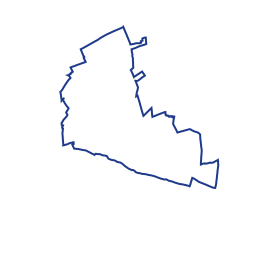 the district of Predesti, Dolj, Romania, rotated 153°
{"feature_id": "2599482B93279988577688", "entity_name": "Predesti", "entity_type": "district", "adm_level": 2, "iso_a3": "ROU", "parent_name": "Romania", "parent_adm1": "Dolj", "projection": "equal_earth", "projection_center": [23.59, 44.374], "detail": "fine", "context": "isolated", "style": "outline", "palette": "blue", "viewbox_px": 256, "rotation_deg": 153, "n_neighbors": 0, "source": "geoboundaries", "source_scale": "gbopen_adm2", "svg_char_len": 5577}
<svg xmlns="http://www.w3.org/2000/svg" viewBox="0 0 256 256"><g transform="rotate(153 128 128)"><path d="M113.0,220.6L114.2,220.3L122.3,220.0L127.0,219.8L132.7,219.6L134.4,219.6L134.9,213.7L134.7,211.3L135.3,211.3L135.4,210.2L135.7,210.2L135.7,206.1L137.0,206.2L138.1,206.4L143.1,207.0L144.2,207.2L145.3,207.3L146.0,207.4L146.5,207.4L147.6,207.5L150.0,207.9L151.7,208.0L151.7,203.2L152.2,203.2L152.7,203.1L153.5,203.1L153.8,202.4L155.1,202.5L155.1,202.2L155.5,202.1L156.5,202.1L157.6,202.3L157.1,201.7L156.9,201.5L156.8,201.3L156.7,200.4L156.6,199.2L156.5,198.7L156.8,198.5L157.2,198.4L158.6,198.0L159.4,197.7L160.2,197.3L162.9,195.8L163.8,195.3L166.3,193.8L168.8,192.2L170.5,191.3L171.9,190.9L171.9,190.6L172.8,187.8L173.3,186.5L174.2,183.7L174.7,182.6L174.3,182.8L173.7,183.1L173.1,183.4L172.7,183.5L172.4,183.5L172.0,183.5L172.0,183.3L172.2,183.2L172.7,183.1L173.0,183.0L173.0,182.6L173.2,182.3L173.2,181.8L173.2,181.1L173.1,180.5L173.1,179.5L172.9,177.4L172.6,175.2L172.2,173.8L172.0,172.5L173.5,171.5L174.2,171.1L176.0,170.0L176.1,169.8L176.0,167.8L176.0,167.3L176.2,167.1L176.4,166.8L176.9,166.5L177.4,166.2L178.8,165.7L179.0,165.5L179.4,165.3L180.6,165.0L181.1,164.8L182.2,164.3L182.5,164.1L182.9,163.8L183.3,163.4L183.9,163.1L184.5,162.9L184.9,162.6L185.1,162.2L185.3,161.7L185.6,161.1L185.8,160.3L185.7,160.2L184.8,159.9L184.7,159.8L186.6,158.2L186.6,157.6L186.6,157.4L186.2,157.0L188.8,153.1L191.8,146.0L192.7,143.7L193.2,142.4L193.6,142.0L193.0,141.8L192.3,141.6L191.8,141.5L189.5,141.1L188.7,141.0L187.2,141.0L186.1,140.8L184.1,140.3L183.0,140.1L183.6,138.4L185.2,138.4L185.2,138.1L185.2,137.2L185.3,136.2L185.3,134.0L184.4,133.4L183.0,132.6L182.4,132.3L178.6,129.2L176.1,127.4L175.5,126.9L174.3,125.1L173.8,124.5L171.3,120.9L170.7,120.3L170.5,119.9L170.1,119.2L169.1,119.6L168.4,119.7L167.3,118.8L166.4,118.2L165.5,117.8L164.9,117.5L163.7,116.0L162.9,115.2L162.2,114.6L161.0,113.8L160.3,113.4L159.7,112.5L159.4,112.0L159.4,111.8L159.6,111.0L159.5,110.4L159.3,109.6L158.8,108.8L158.4,108.4L157.8,107.8L157.5,107.4L157.1,107.0L155.3,105.7L154.7,105.3L153.9,104.2L153.5,103.5L153.3,103.0L152.8,102.6L152.0,101.9L150.5,100.6L149.9,99.9L149.4,98.9L148.5,96.7L148.1,95.6L147.6,94.6L147.0,93.7L146.5,92.5L145.4,90.8L144.5,89.8L143.7,88.7L143.0,88.6L142.7,88.3L142.1,87.6L141.7,87.0L141.2,85.4L141.0,84.9L140.6,84.5L139.6,83.5L137.9,82.3L136.6,81.0L135.1,80.0L133.3,78.9L132.1,77.8L130.7,76.6L129.1,75.5L127.3,73.9L125.8,72.5L123.3,69.7L121.9,68.2L119.7,66.2L118.9,65.5L118.3,65.4L117.3,64.9L116.7,64.2L116.1,63.2L115.8,62.8L114.4,61.4L113.7,60.9L112.9,60.3L111.4,58.5L109.2,56.4L108.4,55.6L107.8,55.0L106.8,54.2L105.7,53.5L104.1,52.3L102.8,51.1L102.5,51.0L102.1,50.5L101.7,50.2L100.9,49.5L99.8,48.5L99.6,48.1L98.2,49.2L97.7,49.9L96.3,51.3L95.7,51.9L95.4,52.4L94.9,52.7L94.4,53.4L94.0,53.7L93.4,54.4L92.4,53.3L91.4,51.7L89.2,47.7L85.3,43.3L79.5,36.4L78.4,35.6L77.5,35.0L75.7,37.1L74.5,38.7L74.2,39.3L73.5,40.2L72.8,41.4L72.2,42.1L71.7,42.9L71.1,43.9L68.7,47.5L68.0,48.7L64.4,53.9L63.3,56.7L62.7,57.7L62.4,58.7L62.9,58.6L63.9,58.7L64.9,58.7L66.2,58.6L66.7,58.6L67.3,58.5L67.7,58.5L68.0,58.7L69.1,59.0L69.9,59.2L70.0,59.4L70.3,59.8L71.1,60.0L72.2,60.2L73.3,60.4L74.3,60.7L74.8,60.9L75.0,61.1L75.4,61.5L75.9,61.5L76.0,61.7L77.1,62.1L77.7,62.2L78.4,62.3L79.1,62.3L79.4,62.2L79.7,62.3L79.5,62.7L79.0,63.5L78.6,64.2L78.6,64.5L77.9,65.4L77.7,65.9L76.9,67.1L76.6,67.6L75.9,69.1L75.6,69.3L75.1,70.2L73.6,72.6L72.7,74.2L72.4,74.7L72.1,75.6L72.0,75.8L71.7,76.7L71.5,77.5L70.3,80.5L68.7,84.9L67.9,86.9L67.4,87.8L66.7,89.5L66.8,90.0L67.3,91.3L67.7,92.0L68.3,92.8L68.5,93.1L69.8,94.2L70.5,94.9L72.0,96.9L72.8,98.0L72.9,98.4L73.0,98.6L73.5,98.9L74.0,99.1L79.5,100.2L80.7,100.4L81.9,100.7L82.2,100.8L82.7,100.9L83.3,101.0L85.2,101.4L86.0,101.5L85.9,105.0L86.0,108.9L85.9,111.4L84.5,113.3L83.7,114.6L82.7,115.7L81.6,117.2L82.3,117.6L82.5,117.7L82.8,117.7L82.9,117.9L83.0,118.0L83.3,117.9L83.5,117.8L83.5,118.0L83.7,117.9L83.9,118.0L84.3,118.3L84.4,118.5L84.4,118.9L84.2,119.0L84.3,119.1L84.7,119.0L84.9,119.0L84.9,118.9L85.1,119.0L85.3,119.2L85.4,119.3L85.6,119.4L86.2,119.3L86.3,119.4L86.3,119.6L86.5,119.7L86.6,120.1L86.5,120.4L86.4,120.6L86.5,120.7L87.5,121.1L87.8,121.4L87.7,121.8L87.8,121.9L88.0,122.0L88.3,122.1L88.5,122.2L88.5,122.4L88.5,122.7L88.3,123.0L88.2,123.3L88.1,123.6L88.0,123.8L88.1,124.1L88.2,124.9L88.1,125.1L87.9,125.1L87.7,125.1L87.4,125.2L87.5,125.4L91.6,125.9L93.2,126.1L101.2,126.8L100.4,129.1L99.0,132.5L98.0,135.2L106.4,132.5L108.7,131.8L108.5,132.9L108.4,134.2L108.1,135.4L107.8,137.2L107.0,141.1L106.6,143.1L105.8,146.8L105.2,150.6L104.8,152.6L106.3,152.5L105.5,153.7L104.1,155.6L102.3,157.5L100.7,159.5L100.2,163.5L100.1,164.4L100.1,164.6L99.9,166.6L99.6,166.4L98.9,166.0L98.5,165.8L97.9,165.7L97.1,165.7L91.4,166.8L90.9,166.8L89.2,167.0L89.3,168.2L89.8,171.9L96.0,171.2L98.1,170.9L99.2,170.8L99.6,170.7L99.3,173.8L99.1,178.5L96.0,179.2L95.1,181.3L93.7,184.2L93.1,185.7L91.9,188.1L91.7,188.8L91.7,189.1L91.7,189.5L91.6,189.9L91.2,190.6L90.7,191.3L90.4,192.4L90.2,193.4L89.8,194.7L89.8,194.9L89.5,195.2L89.4,195.5L89.2,196.2L89.1,196.5L85.9,196.0L84.4,195.9L82.0,195.8L80.9,195.7L79.1,195.4L76.5,194.9L74.2,194.6L73.6,194.6L72.6,197.0L71.1,200.5L71.5,200.7L72.3,201.0L73.2,201.1L74.6,201.2L75.2,199.9L75.4,199.2L76.2,199.3L77.2,199.5L77.6,198.0L78.6,198.1L79.0,198.2L80.0,198.6L82.1,199.8L82.4,199.9L83.3,200.0L84.6,200.3L87.1,201.0L87.6,201.2L88.0,201.4L87.7,202.5L87.5,205.0L86.9,212.2L86.7,215.5L86.5,217.9L86.3,220.3L86.8,220.1L89.7,220.2L93.6,220.5L98.5,220.8L105.2,221.0L110.4,220.8L113.0,220.6Z" fill="none" stroke="#1e3a8a" stroke-width="2"/></g></svg>